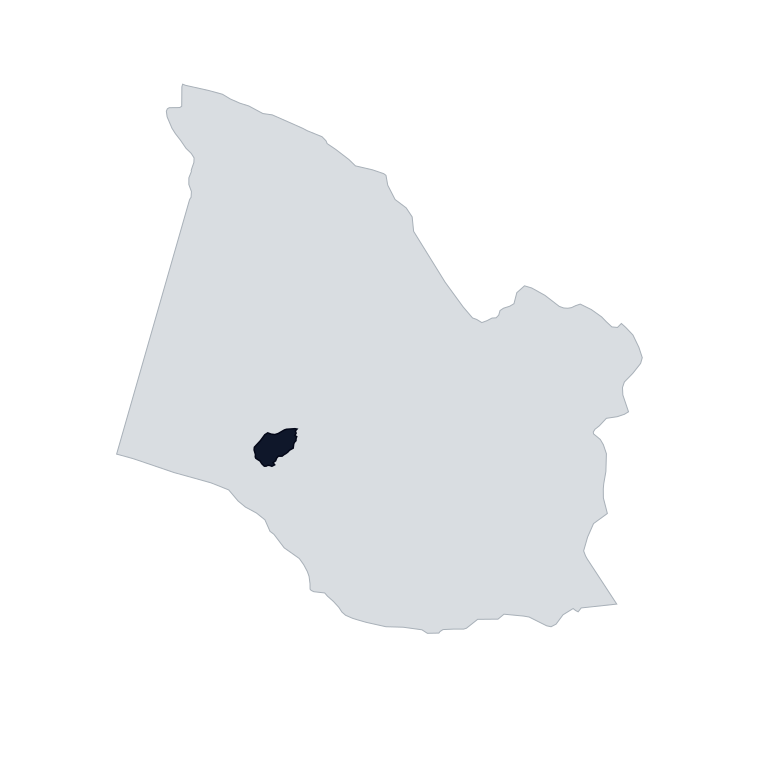 location of Jinja within Uganda, rotated 106°
{"feature_id": "UGA-3064", "entity_name": "Jinja", "entity_type": "District", "adm_level": 1, "iso_a3": "UGA", "parent_name": "Uganda", "parent_adm1": "", "projection": "natural_earth1", "projection_center": [33.327, 0.494], "detail": "fine", "context": "in_parent", "style": "filled", "palette": "ink", "viewbox_px": 768, "rotation_deg": 106, "n_neighbors": 0, "source": "natural_earth", "source_scale": "10m", "svg_char_len": 2944}
<svg xmlns="http://www.w3.org/2000/svg" viewBox="0 0 768 768"><g transform="rotate(106 384 384)"><path d="M525.1,621.7L515.7,621.7L500.3,621.7L485.0,621.7L469.6,621.7L454.3,621.7L438.9,621.7L423.5,621.7L408.2,621.7L392.8,621.7L377.4,621.7L362.1,621.7L346.7,621.7L331.4,621.7L316.0,621.7L300.6,621.7L285.3,621.7L269.9,621.7L260.8,621.7L259.0,621.4L257.8,620.9L252.0,622.2L246.0,626.6L239.6,628.4L232.8,627.7L231.9,628.2L228.5,628.1L223.5,627.8L219.0,628.9L215.5,632.8L212.0,639.3L205.7,646.9L200.8,653.6L196.6,658.3L187.0,666.1L181.8,668.4L179.2,668.1L177.6,666.6L174.6,656.6L172.8,655.0L154.1,660.2L151.3,660.2L151.6,657.1L150.2,633.6L150.0,619.2L152.4,610.2L153.8,599.8L154.0,590.6L157.4,575.0L156.1,565.6L160.6,532.8L161.7,527.5L163.4,511.7L166.2,506.8L168.6,504.9L171.8,495.1L177.9,479.6L182.2,471.6L181.3,454.1L181.9,442.2L182.9,439.6L191.9,435.2L203.6,424.2L208.6,411.2L215.6,403.0L229.1,397.6L269.3,353.3L288.0,329.3L296.1,317.1L296.4,312.7L298.0,306.9L294.7,302.4L290.8,298.3L289.5,294.5L286.2,292.7L281.4,292.7L278.2,290.0L274.6,284.6L271.0,281.2L259.6,281.5L250.9,276.0L251.0,268.5L254.4,253.8L261.1,236.9L261.4,232.2L260.5,228.2L258.9,224.8L255.9,221.4L253.1,217.4L255.3,205.2L259.5,193.3L262.9,187.4L266.3,180.7L265.3,175.2L260.4,172.5L263.0,167.2L268.3,158.2L278.5,149.1L287.5,143.0L293.5,143.0L305.2,147.8L315.8,153.5L321.6,153.8L328.7,151.4L343.3,141.3L346.8,144.5L351.1,150.7L355.7,160.8L364.9,165.5L369.3,168.7L372.5,169.6L374.2,168.8L377.7,160.8L381.9,156.4L389.7,151.0L406.9,146.6L419.2,145.3L424.4,144.3L433.1,141.7L446.9,133.6L460.4,144.1L475.1,146.1L489.4,146.1L493.7,142.9L496.2,140.4L511.1,123.1L531.4,99.6L544.9,132.7L549.5,134.6L548.9,137.5L547.7,140.3L556.5,148.3L567.4,152.4L571.3,156.5L571.6,161.0L568.0,180.3L568.6,185.8L572.2,205.2L578.6,209.6L584.4,229.1L596.0,237.4L597.6,239.8L600.3,249.2L603.8,259.6L606.6,262.0L608.3,262.6L611.7,273.6L609.8,279.8L612.5,298.5L616.8,315.3L618.0,335.4L618.0,344.2L617.9,349.6L616.9,357.2L614.8,361.6L611.1,365.9L607.0,372.6L603.5,379.9L601.2,383.4L603.0,394.2L602.5,397.1L601.6,398.5L596.3,400.1L589.6,403.0L585.5,405.9L579.8,411.4L575.1,417.3L569.0,434.8L558.8,448.4L557.1,452.9L547.4,461.0L543.2,471.0L540.5,483.3L536.7,492.0L528.6,504.1L526.7,523.2L527.0,561.3L524.9,604.6L525.1,621.7Z" fill="#d9dde1" stroke="#a8b0b8" stroke-width="1"/><path d="M462.8,453.0L464.2,453.8L466.2,454.3L470.7,453.6L473.7,456.6L476.0,457.7L478.1,459.3L478.8,460.0L479.5,460.7L481.4,462.0L482.0,463.8L482.4,465.6L484.9,466.8L487.7,467.0L490.2,469.0L491.8,466.8L494.0,469.1L493.8,471.3L494.2,473.3L495.5,474.7L496.0,476.4L494.4,479.4L492.2,481.9L491.4,484.7L490.7,486.8L489.5,487.7L488.3,487.9L487.1,488.2L483.2,490.7L480.5,491.2L472.6,487.2L470.7,486.5L465.6,484.6L463.0,482.3L463.3,478.7L462.7,475.0L460.7,472.0L455.6,467.1L454.4,465.3L451.5,457.3L451.3,455.2L453.6,456.3L455.5,454.9L458.1,455.5L458.6,453.4L460.7,453.5L462.8,453.0Z" fill="#0f172a" stroke="#020617" stroke-width="1.5"/></g></svg>